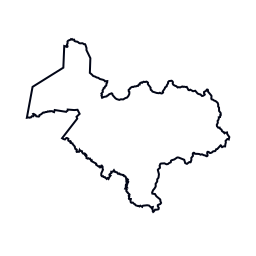 Trojes, El Paraíso, Honduras, rotated 9°
{"feature_id": "27666195B23836678424083", "entity_name": "Trojes", "entity_type": "district", "adm_level": 2, "iso_a3": "HND", "parent_name": "Honduras", "parent_adm1": "El Paraíso", "projection": "albers", "projection_center": [-85.831, 14.051], "detail": "fine", "context": "isolated", "style": "outline", "palette": "ink", "viewbox_px": 256, "rotation_deg": 9, "n_neighbors": 0, "source": "geoboundaries", "source_scale": "gbopen_adm2", "svg_char_len": 5857}
<svg xmlns="http://www.w3.org/2000/svg" viewBox="0 0 256 256"><g transform="rotate(9 128 128)"><path d="M26.5,133.7L28.3,133.1L29.4,133.2L29.8,132.8L30.6,132.6L31.1,131.5L32.7,131.2L33.0,130.2L32.1,129.0L32.5,128.8L34.6,129.6L35.6,130.8L38.1,130.7L38.5,130.2L38.5,129.2L40.2,127.9L41.7,126.1L42.1,125.9L42.6,126.0L44.2,125.1L45.3,124.9L46.1,124.2L46.6,124.3L47.8,123.7L48.3,123.9L49.1,123.4L50.6,123.3L51.3,123.6L51.9,123.5L52.0,123.8L52.5,123.9L52.8,121.7L64.4,121.7L64.7,121.1L65.5,120.5L65.7,119.8L65.6,119.2L72.1,118.7L75.3,117.9L78.0,121.6L75.4,125.0L76.4,126.7L64.5,148.4L66.0,149.0L67.5,149.2L68.7,147.5L69.7,147.5L70.8,148.0L70.8,149.3L71.1,149.8L72.5,150.4L73.2,150.0L73.7,150.6L73.3,151.2L73.6,151.7L75.6,151.9L75.8,152.5L78.4,154.7L78.5,155.4L79.3,156.9L80.4,157.1L80.9,157.6L80.7,158.8L81.1,159.6L83.4,159.1L83.6,157.6L84.0,158.2L84.6,157.7L85.2,158.1L86.2,158.2L86.2,158.8L87.4,160.1L88.1,160.4L88.8,159.9L89.6,160.1L89.7,160.9L90.4,160.7L91.0,161.1L91.3,161.7L90.6,162.2L91.7,163.3L91.7,164.2L93.0,164.6L93.6,164.4L93.8,164.1L94.8,164.5L95.3,164.2L96.7,166.0L97.2,165.6L97.6,166.6L101.8,168.0L102.2,168.3L102.2,169.2L105.2,170.7L105.8,170.3L106.6,171.3L107.2,170.9L107.6,169.3L107.9,169.2L108.9,170.1L109.4,172.6L109.8,173.1L108.7,176.9L109.0,178.9L109.7,179.7L110.9,179.5L111.4,180.2L113.0,180.2L113.4,180.8L114.2,181.0L114.9,181.6L115.6,180.7L116.7,181.4L116.9,180.9L116.6,180.3L117.1,179.8L118.1,177.9L117.5,177.8L116.9,177.2L117.0,176.8L117.5,176.3L117.7,175.8L118.6,175.1L118.3,173.8L119.8,173.6L120.7,171.9L121.8,173.3L122.4,173.2L122.8,173.5L124.0,173.5L125.1,174.7L125.9,174.4L126.4,174.8L126.8,174.4L127.8,175.1L129.2,175.0L130.0,175.4L130.8,175.1L131.3,175.4L131.7,176.2L132.9,176.2L133.5,176.9L133.9,177.7L135.9,178.9L135.7,179.2L134.3,179.0L134.7,180.4L135.4,180.8L136.5,180.7L136.7,181.0L136.6,181.5L135.4,181.9L136.2,182.5L136.1,183.5L135.7,183.8L135.2,183.6L134.8,184.1L134.9,184.5L135.8,184.8L136.0,185.2L135.8,186.1L135.0,186.1L135.1,186.5L136.0,186.7L136.3,187.0L135.5,187.3L134.8,187.9L134.7,188.3L135.8,188.3L136.4,189.1L136.1,189.6L136.2,190.5L137.0,191.3L137.8,191.7L137.9,192.1L139.9,193.4L139.9,194.0L139.3,194.8L139.5,195.3L140.0,195.5L139.9,197.6L140.1,197.9L141.9,197.7L141.9,198.2L141.6,198.4L141.6,198.9L142.4,201.0L143.1,201.3L144.4,200.9L145.7,201.9L146.9,202.3L147.6,203.1L149.9,203.5L150.7,203.3L151.5,203.7L152.3,202.8L154.3,203.6L154.4,203.0L155.0,202.4L159.0,201.3L160.9,201.3L162.5,202.4L163.3,202.6L163.7,203.2L164.3,202.4L164.8,202.2L164.7,203.8L165.4,205.6L165.5,206.5L166.0,207.0L166.5,206.5L167.6,204.4L168.6,204.3L170.5,203.7L170.9,203.3L170.9,202.0L169.7,200.7L169.5,199.6L169.8,199.2L171.8,198.0L172.4,196.8L171.4,195.1L171.2,194.0L170.8,193.4L166.7,191.0L165.0,189.0L162.3,189.0L161.9,187.9L162.5,185.5L163.6,183.7L164.4,181.8L164.5,181.1L164.0,178.8L165.2,176.3L164.9,174.1L165.9,172.3L165.8,168.8L164.0,164.7L164.5,163.8L165.7,162.5L165.7,161.6L165.1,160.4L165.6,158.3L166.3,157.9L169.5,157.2L171.6,157.8L173.0,157.4L174.2,156.1L175.6,155.2L175.6,153.6L176.0,153.1L178.7,151.8L181.0,149.6L181.7,149.3L182.8,149.3L188.5,150.6L190.0,153.7L191.8,154.2L193.6,152.3L194.2,152.0L194.8,152.2L195.2,152.0L195.6,149.7L195.2,147.6L196.5,145.4L196.0,143.3L196.2,142.6L196.7,142.2L197.3,142.2L198.2,143.0L201.3,142.6L202.8,142.6L203.7,143.0L205.2,142.4L207.2,143.0L208.4,143.0L209.9,143.6L210.4,143.5L210.8,143.1L210.9,142.5L210.2,140.8L210.1,139.5L210.3,139.1L211.4,139.0L212.5,139.8L213.4,139.8L214.6,139.1L215.8,137.7L217.6,137.2L218.0,136.6L218.4,135.2L219.5,134.8L222.2,130.6L222.6,130.7L223.3,131.8L223.9,132.2L225.2,131.2L226.8,131.0L226.7,128.7L226.9,127.1L226.4,125.5L227.9,123.3L228.6,123.2L229.3,123.5L229.5,121.1L227.0,118.5L226.5,116.9L224.4,117.7L224.1,118.1L223.5,117.6L223.3,117.1L222.8,117.1L221.3,116.3L220.6,115.0L218.8,114.1L218.5,113.3L217.1,113.6L215.6,112.3L215.2,111.0L215.9,108.8L215.4,107.0L216.1,105.6L216.2,103.8L216.0,103.2L217.2,102.8L217.2,101.5L217.5,101.1L217.1,100.6L217.5,100.0L217.1,98.6L215.3,96.9L214.7,93.6L213.7,92.7L213.4,90.6L212.5,89.0L210.3,87.7L208.7,87.4L207.3,86.7L206.1,86.6L205.6,85.6L205.6,84.2L205.3,83.0L201.4,79.6L201.0,77.9L200.6,77.6L199.8,77.8L199.3,79.1L197.5,80.5L197.6,81.7L198.6,82.9L198.5,83.2L197.2,84.4L196.1,84.8L194.3,83.5L193.1,83.5L191.4,83.1L188.6,80.7L186.5,81.5L183.5,80.4L182.6,81.1L181.8,81.0L179.6,78.2L178.7,78.5L176.7,78.4L176.0,78.8L175.1,78.5L173.1,79.8L171.8,79.7L170.7,80.2L169.3,79.2L167.4,78.8L166.0,78.2L165.2,77.2L165.2,75.7L164.4,74.8L163.7,74.5L161.3,75.2L160.6,76.0L160.4,76.6L160.6,77.6L159.6,79.9L159.7,80.8L158.2,82.2L158.2,83.1L156.6,86.5L157.1,87.4L156.5,88.3L155.4,88.7L153.9,88.2L153.1,88.8L150.9,88.9L146.5,88.2L145.3,87.0L144.6,86.8L144.0,85.4L144.0,84.6L141.1,81.9L140.7,81.4L140.7,80.2L139.9,79.6L139.0,79.3L137.6,79.9L136.0,79.9L134.8,81.2L134.1,80.9L132.8,81.9L132.6,82.3L132.8,83.2L131.7,83.6L131.4,84.8L130.2,85.1L129.3,85.7L127.9,85.9L126.7,86.7L125.7,86.7L124.1,88.0L123.9,88.8L122.7,90.2L122.9,91.4L123.3,92.0L123.7,92.2L123.9,93.6L123.9,94.5L123.3,96.4L122.3,98.1L120.7,98.9L118.8,100.5L116.4,100.8L115.0,101.6L112.2,101.2L110.9,100.6L108.1,98.3L107.4,97.5L107.1,96.6L106.4,96.3L104.1,97.6L103.3,98.8L102.5,99.2L102.0,100.1L99.5,101.0L97.7,102.2L97.4,101.7L97.2,100.8L96.7,100.2L97.1,99.3L96.3,98.2L97.5,96.3L97.0,94.8L97.7,93.3L97.7,92.4L98.7,91.8L98.7,90.7L99.6,89.9L99.9,89.3L99.8,87.4L100.3,86.5L100.2,84.9L98.0,85.5L97.4,84.8L95.9,84.3L92.6,84.0L90.8,83.1L89.0,83.0L87.6,82.4L85.5,82.1L84.0,80.9L81.7,79.5L79.9,64.9L74.8,57.6L74.5,55.5L73.0,52.6L72.4,51.9L71.4,52.1L69.9,51.4L67.3,51.9L66.3,51.7L65.5,51.1L64.0,50.6L63.4,50.8L61.6,50.5L61.0,49.2L59.2,49.5L58.8,49.0L58.4,49.3L57.8,49.1L57.4,49.8L55.5,50.9L54.9,51.6L54.7,52.2L55.1,53.6L54.7,54.9L55.0,55.5L54.6,56.0L55.5,56.8L55.4,57.3L55.0,57.5L52.2,57.0L54.7,78.5L27.3,102.3L26.5,133.7Z" fill="none" stroke="#020617" stroke-width="2"/></g></svg>